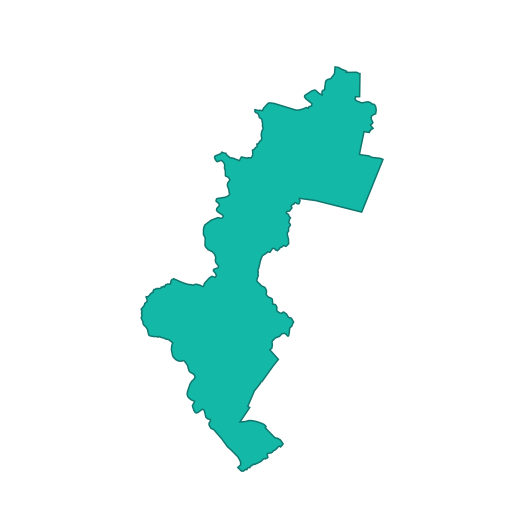 Si Nakhon, Sukhothai, Thailand (Mercator projection), rotated 200°
{"feature_id": "78962969B98677957537558", "entity_name": "Si Nakhon", "entity_type": "district", "adm_level": 2, "iso_a3": "THA", "parent_name": "Thailand", "parent_adm1": "Sukhothai", "projection": "mercator", "projection_center": [99.969, 17.386], "detail": "fine", "context": "isolated", "style": "filled", "palette": "teal", "viewbox_px": 512, "rotation_deg": 200, "n_neighbors": 0, "source": "geoboundaries", "source_scale": "gbopen_adm2", "svg_char_len": 6092}
<svg xmlns="http://www.w3.org/2000/svg" viewBox="0 0 512 512"><g transform="rotate(200 256 256)"><path d="M331.1,198.1L331.4,195.6L332.7,195.8L333.3,194.8L334.4,194.4L334.5,193.0L337.0,191.8L337.9,191.7L338.7,191.1L339.1,190.2L340.4,189.7L340.7,188.4L340.2,186.6L341.0,186.3L342.4,184.0L342.6,182.5L343.3,181.6L343.5,180.8L345.3,180.2L345.1,179.5L343.8,178.3L343.1,177.0L342.9,175.7L344.3,173.4L344.1,171.2L345.7,166.8L345.5,166.2L344.5,165.8L344.1,165.3L344.3,164.2L343.8,162.7L342.6,160.8L342.8,158.7L341.0,156.7L340.1,156.0L338.8,153.6L337.7,152.7L335.0,151.5L333.1,150.1L329.8,145.1L328.2,144.7L324.7,145.3L322.2,146.1L320.0,146.4L319.6,147.3L317.3,147.0L315.1,147.4L312.2,147.1L309.6,147.6L304.6,146.0L304.5,142.7L303.5,139.1L300.6,134.3L299.0,132.6L295.9,131.2L293.1,130.8L290.2,131.6L288.6,132.8L287.3,132.8L282.9,129.8L280.4,126.1L279.2,124.8L278.0,124.3L274.6,123.7L273.1,123.0L272.1,122.0L271.9,120.5L272.3,118.6L273.5,116.4L274.2,113.0L274.0,105.3L273.5,102.6L272.1,100.7L270.0,99.4L267.1,98.6L264.8,98.6L264.0,98.4L263.9,97.8L264.5,94.4L264.5,93.4L261.7,89.8L260.0,88.4L258.6,88.0L257.1,89.0L254.1,93.6L253.2,93.7L252.3,93.5L250.9,91.9L247.9,87.3L245.4,86.4L243.6,86.8L242.6,86.3L242.4,85.6L242.9,83.2L242.7,81.9L241.8,80.6L239.2,78.6L236.5,78.5L225.8,72.6L217.4,66.9L213.2,65.3L204.4,61.1L201.4,58.6L200.0,57.1L199.0,54.4L200.8,51.0L196.0,48.9L194.1,49.7L193.2,51.4L191.4,52.3L191.7,53.0L191.0,54.4L189.4,55.0L189.4,56.1L189.1,57.0L188.4,57.4L187.6,59.2L186.7,59.2L186.2,60.0L185.6,60.0L185.0,60.8L184.3,61.2L180.9,64.9L179.4,68.2L179.0,68.5L178.1,68.4L176.4,69.9L176.0,71.0L177.2,72.7L177.6,73.9L177.5,74.5L174.4,76.2L173.2,77.9L173.1,79.0L171.8,80.1L170.8,81.9L169.8,84.3L168.7,85.5L167.6,85.0L166.8,86.8L166.3,88.8L168.9,90.6L170.6,91.7L171.4,91.6L172.5,92.1L176.2,91.7L188.5,97.7L188.2,99.2L190.6,100.4L192.1,100.6L195.5,100.7L200.0,100.5L204.8,99.6L207.0,98.6L209.2,96.9L214.3,94.5L210.1,111.5L212.3,111.9L211.4,128.6L208.3,138.0L208.5,139.1L207.4,140.2L202.3,158.5L199.6,166.5L211.0,172.6L209.6,174.6L210.1,177.8L211.5,180.5L211.6,181.6L209.8,185.7L206.5,188.4L205.3,191.3L204.5,192.2L203.1,192.9L202.2,193.0L200.9,192.7L198.9,191.6L198.2,191.9L198.1,192.6L198.7,196.2L199.6,199.3L199.4,200.3L198.3,202.7L198.4,204.5L198.1,206.8L201.4,209.6L204.5,209.5L207.5,211.9L210.8,212.8L211.3,212.6L212.3,211.0L213.9,210.6L217.2,211.3L218.4,213.1L218.6,214.6L220.3,216.5L221.8,217.0L223.5,216.5L224.1,216.6L224.4,218.0L226.0,221.1L228.3,221.7L229.7,221.5L231.9,222.3L233.0,223.2L233.5,224.0L233.6,224.9L234.3,227.0L236.3,229.1L237.9,229.7L240.2,229.7L246.1,232.4L247.0,233.4L247.3,238.8L248.1,240.0L248.4,241.9L249.5,243.0L249.3,244.6L249.4,246.8L250.2,252.8L250.2,257.1L249.9,258.8L248.0,261.1L246.4,263.7L245.8,264.1L244.2,264.2L243.0,268.8L242.0,269.2L240.3,269.0L239.8,268.4L237.7,268.3L236.5,270.7L236.1,272.4L234.9,273.1L233.8,275.2L233.3,275.4L231.9,275.2L231.2,275.3L230.3,276.8L229.6,278.6L229.7,279.5L230.4,280.7L231.2,282.9L233.3,285.9L234.5,288.2L233.9,290.8L234.8,292.9L235.0,294.1L234.2,296.8L234.7,297.6L235.9,298.2L236.8,299.2L237.0,302.0L236.7,303.8L238.4,304.4L239.6,306.1L241.9,306.6L242.5,307.2L241.7,309.0L240.2,309.4L239.7,310.1L238.7,313.4L238.9,313.9L240.0,314.6L240.1,315.3L239.4,316.8L238.2,317.7L237.7,319.4L236.6,319.7L234.7,319.2L233.7,319.7L233.4,320.1L233.5,323.0L234.8,324.4L235.0,325.0L218.9,328.5L171.7,333.4L169.7,390.2L172.4,390.3L180.9,388.3L184.2,388.7L191.5,387.1L193.6,386.9L197.0,409.8L191.8,410.8L191.9,412.6L191.3,412.9L191.2,414.4L190.3,415.0L189.6,416.0L192.7,417.8L193.3,418.4L192.0,420.2L191.8,421.5L194.0,423.4L195.2,425.6L195.2,426.9L195.0,427.5L193.8,429.2L192.2,430.6L193.0,434.4L194.6,437.2L196.0,438.5L197.0,438.9L198.7,438.5L201.0,439.3L203.1,439.3L204.9,438.5L208.3,436.4L209.8,436.0L214.3,436.2L216.1,436.8L216.6,437.5L216.9,439.7L213.1,441.1L220.7,463.0L222.0,462.7L224.2,463.1L234.0,459.4L234.1,460.6L236.6,460.8L237.9,460.8L238.0,460.6L243.0,461.4L246.4,460.7L244.8,455.0L244.7,453.7L246.4,448.3L249.4,446.1L250.3,444.0L248.5,435.5L249.8,434.5L250.2,433.6L250.1,432.6L248.9,429.9L252.4,430.3L256.7,432.1L257.9,431.9L260.2,430.0L264.6,424.2L265.1,423.3L264.8,422.0L262.8,420.7L255.5,418.3L255.1,416.0L257.3,414.4L257.4,412.7L259.4,412.8L262.2,410.2L265.3,408.0L268.2,406.8L290.9,405.6L294.8,404.8L296.4,404.1L297.0,403.4L299.5,397.3L299.6,394.8L301.8,394.4L303.7,393.5L307.0,393.2L306.8,392.0L306.2,391.2L305.3,390.7L303.0,390.6L301.0,388.7L300.2,387.2L298.1,386.8L297.2,386.2L294.9,382.3L294.5,380.5L292.8,378.2L293.2,375.6L292.7,372.2L291.9,370.2L290.9,369.0L290.7,366.7L291.7,365.1L292.2,362.5L293.5,361.4L293.3,360.9L292.4,359.8L292.3,359.3L293.6,357.6L294.1,355.7L295.1,354.8L295.5,354.2L293.6,350.1L293.9,346.7L297.1,345.7L297.2,345.0L303.6,344.1L304.2,339.9L310.9,340.1L314.1,339.5L318.1,341.0L319.6,342.2L321.4,341.8L323.6,341.9L323.8,340.8L324.5,339.7L328.5,336.2L328.8,335.1L328.6,334.3L327.2,332.7L325.3,331.4L324.4,331.5L322.0,333.6L321.2,333.9L319.6,333.5L317.6,332.2L316.3,330.3L315.8,327.9L314.0,325.6L312.2,321.0L311.8,320.7L310.0,320.7L308.8,320.4L307.1,319.2L306.5,318.4L307.5,315.4L307.3,313.1L306.6,311.8L304.4,309.3L303.1,306.7L302.0,305.2L301.9,304.3L303.4,302.1L305.2,300.6L312.2,296.7L312.6,295.9L312.5,294.5L312.3,293.9L311.7,293.6L308.8,292.5L307.8,291.3L307.9,290.1L308.8,288.3L309.1,287.1L309.0,286.2L308.5,285.2L307.0,284.4L301.2,283.0L300.4,282.5L300.4,281.4L300.7,280.4L301.3,279.7L302.3,279.2L303.9,279.3L305.1,278.9L310.3,274.4L314.6,267.8L314.8,265.9L314.5,263.2L312.8,258.3L310.4,256.1L309.6,254.8L307.8,249.1L306.9,247.6L303.3,245.6L298.7,245.1L295.9,243.8L293.4,241.1L292.8,238.2L292.1,236.8L290.7,235.5L287.9,233.9L287.6,232.8L287.7,231.8L291.0,229.2L291.2,228.3L290.9,227.4L288.4,226.0L287.0,224.7L286.6,224.2L286.6,223.3L287.1,221.9L289.7,222.0L290.6,221.7L292.3,219.5L294.8,213.5L295.1,211.7L294.7,210.1L295.3,209.3L296.1,209.1L298.7,209.4L302.3,209.1L303.9,208.3L304.6,207.2L307.1,206.9L309.9,206.1L315.9,205.8L325.6,206.5L326.1,205.6L327.0,205.1L327.4,203.0L326.8,201.9L327.1,200.2L329.6,199.4L330.2,198.5L331.1,198.1Z" fill="#14b8a6" stroke="#0f766e" stroke-width="1.5"/></g></svg>